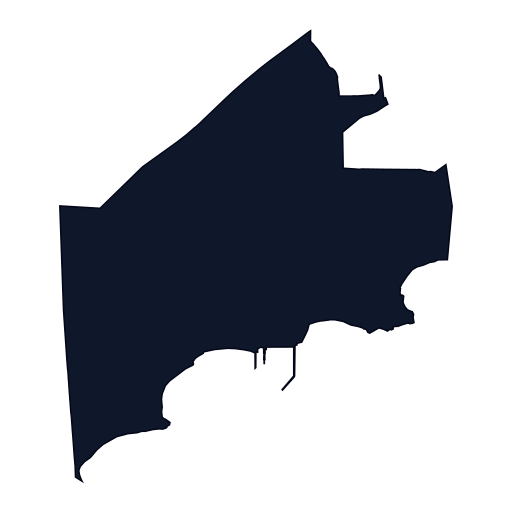 the district of Salina Cruz, Oaxaca, Mexico
{"feature_id": "50627088B37536515094098", "entity_name": "Salina Cruz", "entity_type": "district", "adm_level": 2, "iso_a3": "MEX", "parent_name": "Mexico", "parent_adm1": "Oaxaca", "projection": "natural_earth1", "projection_center": [-95.202, 16.19], "detail": "fine", "context": "isolated", "style": "filled", "palette": "ink", "viewbox_px": 512, "rotation_deg": 0, "n_neighbors": 0, "source": "geoboundaries", "source_scale": "gbopen_adm2", "svg_char_len": 3222}
<svg xmlns="http://www.w3.org/2000/svg" viewBox="0 0 512 512"><path d="M379.0,74.5L379.2,76.2L379.6,80.4L380.2,84.6L380.4,88.5L379.2,90.5L376.6,93.6L374.3,95.8L373.4,95.1L372.1,94.7L369.8,95.1L367.1,95.3L361.2,95.7L357.4,96.0L353.9,95.9L350.9,96.1L346.4,96.1L342.6,96.1L339.2,96.0L338.5,94.4L339.1,94.2L339.1,93.8L339.0,92.3L338.2,86.3L337.3,78.7L337.6,77.4L337.1,75.8L336.5,74.1L335.2,71.5L333.6,69.6L332.3,68.5L330.6,68.0L328.7,66.4L326.7,62.8L326.6,62.7L323.8,58.1L322.5,56.5L321.1,54.0L317.8,49.6L313.2,44.0L311.3,42.2L310.5,40.9L310.6,31.1L310.6,30.7L310.2,30.9L308.5,32.1L301.8,37.1L294.0,43.0L271.4,59.7L270.5,60.3L270.3,60.5L261.0,67.7L246.7,79.6L245.8,80.3L245.0,81.0L244.0,81.9L233.4,91.2L223.4,100.6L199.1,123.9L199.0,124.0L194.9,127.6L194.7,127.6L187.7,133.7L186.8,134.5L186.5,134.8L185.3,135.7L176.3,142.6L142.6,166.8L100.0,208.3L59.8,205.9L63.5,310.0L66.9,360.3L67.6,369.2L67.9,371.4L68.3,377.1L68.4,379.1L68.7,382.7L69.0,387.5L69.7,397.1L70.1,402.5L70.8,411.9L71.4,417.3L72.0,425.6L72.3,430.1L72.9,437.3L74.2,455.4L74.2,455.6L75.1,465.9L75.5,477.1L82.1,481.3L81.3,479.7L79.5,474.9L78.8,470.6L80.2,466.6L84.5,461.7L90.4,457.5L97.0,449.7L103.1,444.4L116.6,436.7L127.8,433.7L137.3,432.7L141.8,431.3L145.3,431.3L153.2,429.5L159.0,428.9L162.7,429.1L165.0,428.4L166.8,427.5L166.8,426.4L168.0,425.7L169.5,424.9L170.0,422.5L165.6,419.3L163.9,418.6L162.2,417.1L161.6,411.6L162.2,407.1L161.5,399.4L162.2,393.8L165.4,385.7L169.6,380.9L185.4,368.9L193.2,364.9L193.5,363.8L192.9,361.8L195.2,358.4L198.2,356.2L203.2,353.4L203.6,351.9L214.8,349.5L227.7,348.3L235.1,348.6L244.1,349.8L250.7,351.1L255.0,353.0L255.1,368.3L255.8,367.6L255.9,352.2L257.7,352.2L257.7,348.7L260.7,347.3L262.2,347.4L263.6,348.3L263.7,353.5L264.0,353.9L263.7,359.4L264.1,359.3L264.1,363.5L264.4,363.5L264.4,359.3L264.9,359.4L264.7,353.8L265.1,353.7L265.1,349.4L266.3,349.5L266.3,347.1L293.7,347.0L293.7,376.0L282.1,389.6L282.5,390.1L293.9,377.3L294.6,376.1L295.0,346.4L295.2,345.5L295.9,345.3L297.0,344.9L296.8,343.4L300.8,342.4L301.7,342.2L304.5,336.7L307.6,330.1L309.1,324.3L310.7,323.7L312.5,323.1L314.3,322.5L317.4,321.6L320.5,321.0L323.6,320.7L328.2,320.1L329.8,319.8L331.3,319.7L332.9,319.8L333.9,319.8L334.9,319.8L336.4,320.1L343.3,321.5L345.7,322.6L346.7,323.1L347.6,323.5L350.8,325.0L358.2,326.5L363.1,328.1L363.6,328.9L365.3,329.1L366.6,329.9L367.8,332.3L369.7,333.2L378.9,327.9L383.2,329.1L387.5,331.1L389.9,329.3L391.1,329.9L393.0,329.2L393.5,326.6L398.0,326.3L402.0,324.8L407.9,323.0L409.8,323.7L412.3,323.4L414.0,322.6L413.1,317.6L413.6,314.3L412.3,311.7L410.3,311.0L407.4,309.8L405.0,306.8L403.9,304.6L403.2,302.7L403.0,302.4L403.7,296.1L402.4,295.1L401.4,295.3L401.0,294.9L400.5,295.0L400.0,292.4L400.5,288.5L399.8,288.1L401.9,283.8L407.2,275.9L410.1,272.3L412.4,269.6L416.8,267.0L423.4,265.1L429.8,262.4L434.3,261.7L438.0,259.9L447.4,259.7L447.7,256.3L452.2,206.4L445.9,164.6L435.0,172.5L430.3,171.5L428.8,171.8L419.2,169.4L418.4,169.6L382.6,169.3L361.4,169.0L359.8,169.3L343.2,168.2L342.6,132.2L359.2,118.4L361.6,117.0L363.9,115.9L366.3,115.2L368.8,114.6L371.8,113.5L377.1,111.1L380.2,109.0L384.8,106.0L387.9,104.2L385.5,97.7L383.8,98.4L381.2,77.1L379.5,75.4L379.0,74.5Z" fill="#0f172a" stroke="#020617" stroke-width="1.5"/></svg>